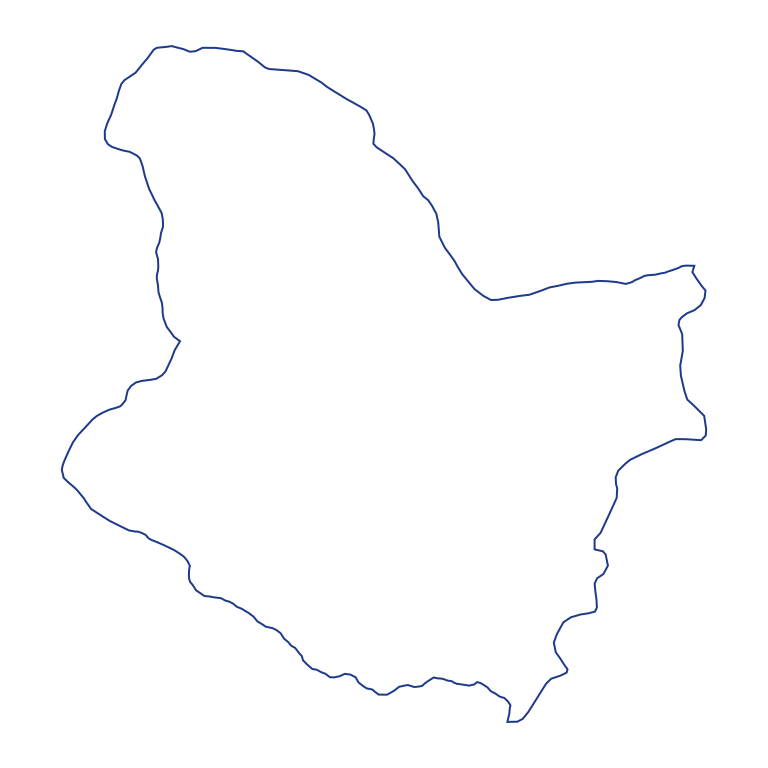 Thangrong, Mongar, Bhutan
{"feature_id": "84629894B4520468763677", "entity_name": "Thangrong", "entity_type": "district", "adm_level": 2, "iso_a3": "BTN", "parent_name": "Bhutan", "parent_adm1": "Mongar", "projection": "albers", "projection_center": [91.336, 27.203], "detail": "fine", "context": "isolated", "style": "outline", "palette": "blue", "viewbox_px": 768, "rotation_deg": 0, "n_neighbors": 0, "source": "geoboundaries", "source_scale": "gbopen_adm2", "svg_char_len": 4266}
<svg xmlns="http://www.w3.org/2000/svg" viewBox="0 0 768 768"><path d="M243.2,51.3L235.7,50.8L233.0,50.2L223.1,48.8L215.6,47.9L202.7,47.8L195.4,51.2L189.7,51.7L183.6,49.2L171.7,46.1L166.9,46.8L156.9,47.8L153.7,49.7L147.7,58.0L142.0,64.7L135.6,72.7L124.5,80.1L121.3,84.0L118.8,91.1L117.1,97.5L114.4,104.9L111.1,114.9L107.2,123.4L104.8,131.1L104.9,139.1L108.0,144.3L112.0,146.9L117.8,148.9L123.5,150.6L129.6,151.8L136.7,155.4L139.7,158.2L141.1,161.8L142.6,166.2L144.8,175.9L149.2,189.1L151.6,193.9L154.3,199.7L158.7,207.6L161.7,213.2L162.7,218.7L163.0,223.6L163.0,226.8L161.0,233.1L160.2,238.4L159.2,242.9L156.8,248.4L156.1,252.3L158.0,259.1L158.3,266.7L158.0,270.3L157.0,274.8L156.8,278.6L158.0,285.5L158.5,292.2L160.2,297.9L161.9,302.8L162.6,308.6L162.6,312.5L163.5,318.4L166.8,327.0L171.0,332.5L174.0,336.8L180.0,341.2L174.7,350.2L171.7,358.2L168.7,364.6L165.5,371.4L162.1,375.2L156.2,378.8L150.0,379.9L141.8,380.9L135.9,382.5L131.1,385.9L127.7,390.5L126.6,395.1L125.5,400.3L121.7,405.0L120.0,406.4L115.7,407.9L109.6,409.6L103.0,412.5L96.6,416.1L92.2,419.8L86.6,425.9L78.0,435.1L72.9,442.4L68.4,451.7L64.2,461.1L62.5,466.0L61.8,470.1L63.2,475.5L63.7,477.9L67.8,481.9L73.7,486.9L77.4,490.4L79.8,493.4L83.7,498.1L86.5,502.5L88.9,505.8L91.1,509.0L102.4,516.3L109.9,521.0L119.9,526.0L128.9,530.4L134.9,531.5L138.3,531.7L141.6,532.9L145.5,534.8L148.6,538.3L151.3,539.9L156.7,542.0L163.2,544.8L174.0,550.0L180.0,553.8L184.0,556.8L187.3,560.8L189.9,565.9L189.4,567.9L189.0,571.5L188.9,575.3L189.1,578.7L190.1,581.9L192.6,584.9L196.1,590.3L204.4,596.0L209.7,596.5L214.4,597.4L220.8,598.1L225.4,600.6L229.1,601.6L232.6,603.3L236.7,606.7L242.0,608.9L244.5,610.5L248.7,613.0L253.5,616.6L257.4,621.4L262.4,624.4L265.6,626.6L272.7,628.2L276.0,629.8L280.6,633.2L284.2,638.8L288.0,641.9L291.2,645.7L295.2,648.0L299.2,653.2L301.8,656.1L303.1,660.4L306.6,664.0L309.8,666.8L312.3,669.0L316.8,669.7L321.2,672.2L325.3,673.7L329.9,677.2L334.1,677.4L339.4,676.3L344.7,673.9L350.0,674.5L352.4,675.6L355.6,677.3L358.5,682.4L363.0,686.0L366.8,688.4L372.3,689.5L374.7,691.6L378.7,694.6L381.0,694.6L387.1,694.7L394.3,690.6L399.1,686.8L404.1,685.7L407.8,685.0L414.2,687.0L418.5,686.6L422.1,685.9L424.9,683.4L427.4,681.5L433.7,677.5L437.8,678.4L440.8,678.5L443.9,679.2L447.6,680.6L451.8,681.2L453.7,682.5L456.9,683.8L461.3,684.4L469.2,685.6L474.4,684.4L477.1,682.1L480.4,683.0L483.5,684.8L487.5,687.4L490.8,691.2L495.3,693.5L499.9,696.7L504.4,698.0L507.5,701.0L509.3,703.4L510.4,705.3L509.5,710.2L509.5,712.8L507.4,721.9L517.4,721.7L522.8,718.8L528.3,712.0L546.1,683.7L551.2,678.7L560.8,675.5L566.6,672.6L567.5,669.2L565.0,665.9L560.1,658.3L555.8,652.3L553.8,642.6L557.0,633.9L563.4,622.3L570.9,617.3L580.5,614.5L588.5,613.3L595.0,611.6L596.9,607.5L596.5,599.8L595.4,591.8L594.6,583.8L597.0,578.4L603.5,573.9L607.9,565.6L605.7,554.6L602.9,551.3L594.6,549.4L594.6,543.6L594.6,539.4L600.6,532.8L608.2,516.5L612.3,507.6L616.7,497.8L617.2,488.2L616.0,484.0L615.7,477.2L618.3,470.6L625.8,463.3L630.5,459.6L641.4,454.3L656.8,447.7L669.0,442.0L675.7,439.1L686.1,439.2L701.1,440.2L705.7,435.6L706.2,429.4L704.2,415.9L693.9,405.6L687.3,399.6L684.5,391.2L680.9,375.7L680.2,365.6L682.8,351.0L682.2,334.2L678.5,325.0L679.4,320.0L681.9,317.1L687.0,313.3L694.5,310.1L700.8,305.1L704.6,298.0L705.5,290.5L701.4,285.6L696.1,278.0L692.4,272.1L694.3,265.8L686.2,265.6L682.0,266.1L677.7,268.3L675.7,268.9L672.8,270.0L669.9,270.9L667.7,271.6L665.4,272.6L662.0,273.2L659.4,273.7L655.2,274.7L652.4,274.9L649.9,275.1L647.4,275.3L644.0,276.0L641.7,277.3L638.0,279.0L635.2,280.1L632.5,281.8L629.5,282.9L625.8,283.9L616.1,282.0L606.9,281.2L598.3,280.9L591.8,281.8L575.5,282.6L567.1,283.7L559.0,285.6L549.3,287.5L540.8,290.8L529.2,294.8L521.4,295.7L509.2,297.6L497.8,299.8L491.0,300.0L483.4,295.9L474.5,289.1L466.9,279.9L462.0,273.9L457.4,266.3L454.4,260.8L450.1,254.8L444.9,247.8L441.4,240.9L439.3,236.6L439.0,232.2L438.2,222.2L436.3,213.7L431.9,205.6L428.1,200.1L423.3,196.3L417.8,187.9L412.4,180.8L405.1,169.3L400.0,164.4L392.9,157.9L386.9,154.1L376.7,147.3L373.4,143.8L373.7,139.7L374.5,134.2L374.0,129.1L372.9,123.6L369.3,115.2L366.5,110.5L360.1,106.5L345.8,98.6L327.3,87.1L321.4,82.5L308.6,74.9L298.0,71.2L269.0,69.0L265.1,67.5L257.8,61.6L246.4,53.6L243.2,51.3Z" fill="none" stroke="#1e3a8a" stroke-width="2"/></svg>